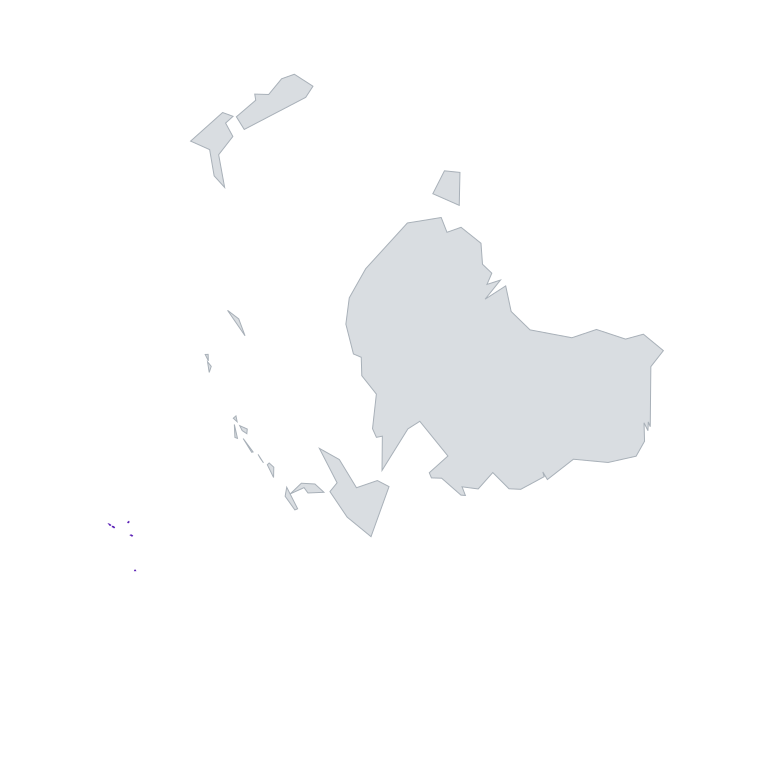 where Marshall Islands sits in Oceania, rotated 200°
{"feature_id": "MHL", "entity_name": "Marshall Islands", "entity_type": "country or territory", "adm_level": 0, "iso_a3": "MHL", "parent_name": "Oceania", "parent_adm1": "", "projection": "mercator", "projection_center": [169.926, 8.484], "detail": "fine", "context": "in_parent", "style": "filled", "palette": "violet", "viewbox_px": 768, "rotation_deg": 200, "n_neighbors": 6, "source": "natural_earth", "source_scale": "50m", "svg_char_len": 2741}
<svg xmlns="http://www.w3.org/2000/svg" viewBox="0 0 768 768"><g transform="rotate(200 384 384)"><path d="M344.0,236.1L373.1,246.3L398.0,264.4L394.3,275.1L422.7,301.4L400.1,297.7L374.4,277.1L357.2,291.0L344.2,289.3L344.0,236.1ZM438.5,244.7L440.1,253.7L422.5,237.2L424.7,235.2L438.5,244.7ZM427.7,262.5L414.7,266.4L403.4,261.7L418.2,255.6L423.7,259.3L434.5,248.7L427.7,262.5ZM455.8,258.4L466.0,268.2L464.9,270.5L459.1,268.1L455.8,258.4Z" fill="#d9dde1" stroke="#a8b0b8" stroke-width="1"/><path d="M557.0,345.7L562.1,350.6L559.4,351.7L557.0,345.7ZM557.4,344.5L552.4,341.5L552.2,335.1L557.4,344.5Z" fill="#d9dde1" stroke="#a8b0b8" stroke-width="1"/><path d="M531.1,381.8L556.2,399.7L542.8,395.5L531.1,381.8Z" fill="#d9dde1" stroke="#a8b0b8" stroke-width="1"/><path d="M513.9,300.3L512.2,303.4L509.1,298.3L513.9,300.3ZM505.8,282.8L510.8,294.8L503.1,282.8L505.8,282.8ZM505.3,295.5L497.1,294.9L495.9,290.4L501.3,291.7L505.3,295.5ZM485.0,274.6L497.7,284.6L483.8,275.4L485.0,274.6ZM475.1,272.1L478.3,274.8L470.3,268.7L475.1,272.1Z" fill="#d9dde1" stroke="#a8b0b8" stroke-width="1"/><path d="M648.8,546.1L628.5,583.9L617.4,583.9L622.1,575.0L610.7,564.9L617.8,542.9L601.0,514.2L614.8,521.5L628.0,544.6L648.8,546.1ZM555.6,626.6L602.4,575.4L614.1,584.6L601.6,606.8L604.6,612.2L591.4,616.6L584.6,635.8L574.2,644.4L552.6,639.5L555.6,626.6Z" fill="#d9dde1" stroke="#a8b0b8" stroke-width="1"/><path d="M374.4,577.6L403.2,579.5L400.1,605.0L385.0,608.8L374.4,577.6ZM223.3,491.7L203.0,507.9L172.4,508.8L157.3,519.5L132.9,510.9L139.2,491.6L119.2,434.9L122.7,438.8L120.0,430.4L126.4,436.5L119.6,419.3L122.4,402.4L146.6,386.9L180.3,378.1L197.8,350.1L204.7,355.7L201.8,351.7L219.5,331.8L230.7,328.3L251.5,338.0L259.6,317.6L275.5,314.1L269.4,307.1L273.7,305.9L297.6,315.2L307.3,312.0L311.1,316.1L299.3,338.2L337.6,361.2L346.2,350.0L356.3,302.1L367.7,334.4L372.9,331.3L379.5,338.1L387.7,371.9L407.7,384.2L414.5,401.3L423.0,401.8L440.3,427.2L446.1,453.1L440.6,486.2L417.1,543.3L387.2,560.0L376.7,548.1L365.2,557.6L341.0,549.4L332.4,530.2L320.6,525.0L321.3,512.8L310.1,521.5L318.0,498.3L303.2,517.8L289.3,495.6L265.3,484.8L223.3,491.7Z" fill="#d9dde1" stroke="#a8b0b8" stroke-width="1"/><path d="M588.6,156.8L589.6,157.2L590.9,157.0L590.7,157.1L590.2,157.2L589.9,157.3L589.7,157.3L589.4,157.3L588.5,157.0L588.0,156.6L588.6,156.8ZM576.6,167.5L576.3,167.7L576.5,167.5L576.6,167.3L576.8,166.5L577.2,166.3L577.5,166.0L577.4,166.3L577.0,166.6L576.6,167.5ZM592.4,157.5L592.7,157.7L593.3,157.7L593.9,158.1L593.7,158.1L593.4,157.9L593.1,157.8L592.7,157.8L592.4,157.5ZM570.1,155.4L570.0,155.5L569.2,155.4L568.8,155.3L568.9,155.1L569.5,155.3L570.1,155.4ZM554.3,123.7L554.1,123.8L554.0,123.7L554.3,123.6L554.3,123.7Z" fill="#8b5cf6" stroke="#5b21b6" stroke-width="1.5"/></g></svg>